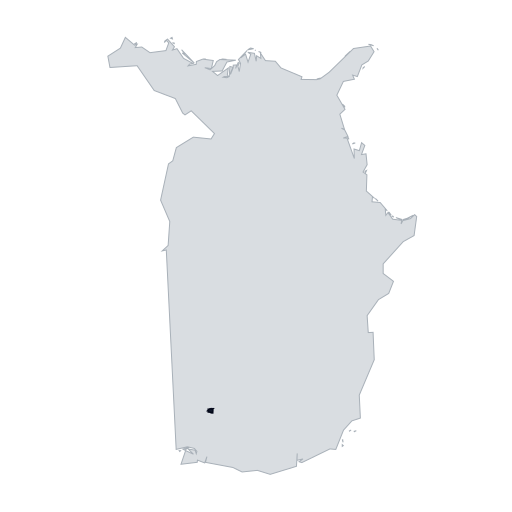 location of Asotin, Washington, United States of America, rotated 273°
{"feature_id": "52423323B79616802808075", "entity_name": "Asotin", "entity_type": "district", "adm_level": 2, "iso_a3": "USA", "parent_name": "United States of America", "parent_adm1": "Washington", "projection": "albers", "projection_center": [-117.06, 46.229], "detail": "fine", "context": "in_parent", "style": "filled", "palette": "ink", "viewbox_px": 512, "rotation_deg": 273, "n_neighbors": 0, "source": "geoboundaries", "source_scale": "gbopen_adm2", "svg_char_len": 4401}
<svg xmlns="http://www.w3.org/2000/svg" viewBox="0 0 512 512"><g transform="rotate(273 256 256)"><path d="M415.9,145.7L439.8,127.3L436.6,100.3L447.8,97.6L456.5,109.7L467.5,114.1L460.2,123.7L461.3,126.3L457.8,124.5L458.7,131.0L453.5,139.5L456.4,155.3L464.2,157.7L466.7,155.2L464.4,153.3L466.0,153.8L468.0,156.3L460.7,163.6L457.3,161.8L458.9,166.2L449.6,173.3L445.0,183.0L444.1,179.6L442.3,178.2L444.3,186.3L447.1,186.3L449.8,192.5L449.0,203.1L440.8,201.6L441.4,195.0L439.5,200.4L444.0,204.8L448.0,206.5L450.3,209.6L450.5,225.6L448.2,216.8L439.0,212.5L438.1,202.9L434.2,208.2L442.3,218.5L435.3,217.9L433.8,219.2L433.5,214.8L432.8,213.7L432.5,217.5L433.8,219.9L443.9,220.0L443.3,223.0L437.7,221.0L436.0,221.0L442.9,223.4L445.4,223.3L445.8,226.7L442.2,225.8L448.3,228.1L447.7,229.2L444.7,228.0L439.3,229.6L447.6,230.5L451.3,228.2L460.9,236.5L453.1,230.4L457.0,235.0L449.2,237.9L457.2,240.2L459.0,237.2L458.3,243.8L450.5,246.0L456.0,246.1L453.6,250.5L458.9,249.8L451.6,255.2L451.5,265.1L445.1,271.1L437.4,292.5L434.7,291.8L435.3,307.4L436.3,310.8L443.3,319.4L468.3,342.5L471.7,359.4L466.2,363.2L456.6,357.9L452.4,351.7L440.5,347.8L441.7,343.0L437.7,345.0L434.9,334.1L420.8,328.3L407.1,337.2L402.0,332.3L387.2,337.7L388.1,334.6L386.5,338.0L380.2,341.6L378.4,337.0L378.5,340.7L358.5,349.1L368.0,348.3L366.6,353.7L374.7,355.5L372.1,358.9L362.8,356.0L363.8,360.5L353.0,362.2L345.5,358.5L342.9,362.5L326.6,362.8L319.7,371.5L321.4,369.2L316.2,369.0L315.9,377.2L308.0,384.7L309.7,382.6L303.4,383.5L306.2,385.5L299.9,390.6L299.2,399.7L295.6,399.2L299.0,400.8L301.4,408.3L305.6,412.3L303.8,414.4L284.7,412.8L278.1,402.3L254.8,383.4L245.2,383.9L237.9,394.6L225.6,390.5L218.9,380.6L202.3,370.1L185.4,372.1L185.9,376.9L158.6,379.5L122.5,366.4L99.6,368.7L96.4,360.4L86.7,352.5L67.0,345.8L67.2,339.9L52.1,312.6L52.8,309.8L55.8,313.5L54.1,307.6L61.0,307.5L48.1,307.4L38.7,281.6L42.0,268.6L39.6,253.4L43.6,244.0L47.3,216.3L53.1,217.5L46.7,215.6L49.1,208.2L46.9,208.1L44.1,192.0L58.0,195.9L54.8,203.9L59.7,198.4L58.9,205.3L55.4,206.7L57.8,207.2L60.6,204.5L61.9,197.5L58.7,186.4L257.3,166.1L256.2,162.1L261.9,167.7L285.9,168.1L306.8,157.8L343.4,163.8L346.7,167.9L360.1,170.8L371.4,187.2L370.5,205.0L376.1,208.1L397.6,183.7L393.2,177.7L394.9,175.3L409.0,167.2L415.9,145.7ZM454.2,174.3L458.1,170.9L445.4,184.3L454.9,171.7L454.2,174.3ZM59.3,193.2L61.0,197.7L60.8,198.4L58.4,194.9L59.3,193.2ZM305.0,411.0L300.9,404.8L300.1,400.9L301.5,404.9L305.0,411.0ZM461.5,123.4L462.7,125.4L461.8,125.4L461.5,123.4ZM346.3,360.4L347.2,361.9L345.1,361.1L346.3,360.4ZM74.5,352.7L76.8,351.9L77.0,352.2L74.5,352.7ZM72.1,352.0L71.2,353.1L70.4,352.1L72.1,352.0ZM464.7,161.4L464.3,163.3L463.8,163.2L464.7,161.4ZM300.5,397.0L300.0,400.4L301.7,393.7L300.5,397.0ZM460.5,334.7L465.3,339.3L459.8,334.4L460.5,334.7ZM86.2,358.4L87.2,360.1L86.0,358.5L86.2,358.4ZM473.1,359.8L472.1,362.5L473.3,357.2L473.1,359.8ZM463.4,239.6L462.9,242.8L461.4,236.8L463.4,239.6ZM57.6,189.5L57.6,190.8L56.8,190.1L57.6,189.5ZM306.6,386.7L303.7,389.0L306.6,386.2L306.6,386.7ZM469.0,159.3L469.9,160.7L468.4,161.2L469.0,159.3ZM86.1,363.2L86.8,365.3L85.7,363.4L86.1,363.2ZM303.1,390.4L302.0,391.5L302.8,390.0L303.1,390.4ZM451.0,212.3L450.8,216.3L450.6,211.1L451.0,212.3ZM319.0,373.1L317.2,375.0L319.7,372.0L319.0,373.1ZM436.4,308.7L437.1,311.3L436.1,309.7L436.4,308.7ZM459.8,249.8L459.4,250.6L460.3,247.8L459.8,249.8ZM412.2,334.4L410.2,336.7L409.1,336.9L412.2,334.4ZM379.1,341.6L378.8,342.2L377.3,342.6L379.1,341.6ZM449.7,353.2L450.9,354.7L449.1,353.1L449.7,353.2ZM373.9,347.4L374.1,349.2L372.9,346.4L373.9,347.4ZM469.2,366.5L467.9,367.4L469.7,365.9L469.2,366.5ZM450.1,193.7L450.0,195.7L449.9,193.0L450.1,193.7ZM461.7,244.1L461.2,245.0L461.7,244.1Z" fill="#d9dde1" stroke="#a8b0b8" stroke-width="1"/><path d="M100.4,216.3L100.0,216.4L99.5,216.2L99.3,216.3L99.1,216.3L99.1,216.0L99.0,215.9L99.0,216.5L98.0,216.4L98.0,216.6L97.7,216.6L97.7,216.8L97.5,219.7L97.0,219.6L97.0,221.0L97.3,221.0L97.7,221.0L98.0,221.0L99.0,221.0L100.2,221.0L100.3,221.0L100.8,221.0L101.2,221.0L101.3,221.1L101.3,220.8L101.2,220.6L101.1,220.3L101.0,220.2L100.9,220.2L100.9,219.9L101.0,219.9L101.1,219.7L101.2,219.4L101.3,219.2L101.1,219.0L101.1,218.9L101.0,218.7L101.0,218.3L101.0,218.2L100.9,218.1L100.8,217.9L100.8,217.7L100.7,217.7L100.5,217.4L100.5,217.2L100.4,217.2L100.2,217.1L100.2,216.9L100.3,216.9L100.4,216.7L100.4,216.4L100.4,216.3Z" fill="#0f172a" stroke="#020617" stroke-width="1.5"/></g></svg>